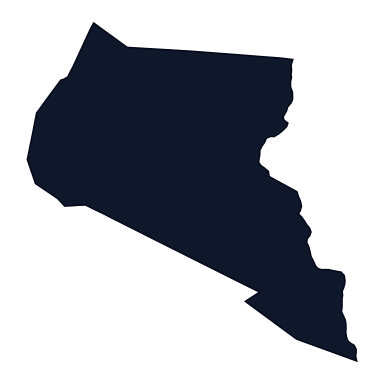 Mulungu do Morro, Bahia, Brazil
{"feature_id": "56859067B68595123472008", "entity_name": "Mulungu do Morro", "entity_type": "district", "adm_level": 2, "iso_a3": "BRA", "parent_name": "Brazil", "parent_adm1": "Bahia", "projection": "albers", "projection_center": [-41.471, -12.0], "detail": "fine", "context": "isolated", "style": "filled", "palette": "ink", "viewbox_px": 384, "rotation_deg": 0, "n_neighbors": 0, "source": "geoboundaries", "source_scale": "gbopen_adm2", "svg_char_len": 1593}
<svg xmlns="http://www.w3.org/2000/svg" viewBox="0 0 384 384"><path d="M35.4,183.5L55.1,196.8L57.9,198.8L64.7,206.1L68.7,205.9L74.0,205.6L77.6,205.3L85.5,205.0L96.2,210.3L105.0,214.5L110.7,217.5L152.4,238.5L228.2,276.5L245.2,285.0L259.6,292.1L245.3,301.4L276.0,324.0L296.3,338.9L300.4,340.5L356.7,361.0L355.7,356.2L356.1,352.6L356.2,349.4L354.2,345.3L350.3,343.1L348.0,341.0L346.6,337.5L345.8,332.9L346.0,327.7L345.9,323.7L345.2,319.9L343.6,316.3L341.5,311.6L342.1,306.5L342.0,303.5L342.1,298.9L342.6,294.9L342.1,291.5L343.7,287.6L344.7,284.1L345.0,280.8L344.3,275.6L341.1,272.1L337.7,271.5L333.6,270.7L328.3,269.6L324.6,269.6L321.1,269.6L317.9,268.5L315.5,265.9L314.3,263.1L312.9,260.1L311.0,256.5L310.1,252.0L308.8,246.9L306.7,242.5L307.2,238.6L309.6,236.0L311.0,232.0L309.6,228.2L306.7,224.6L304.0,220.3L301.4,216.7L298.5,214.0L300.3,210.4L301.5,206.4L300.5,201.3L298.3,196.4L297.0,191.8L269.1,176.5L268.4,171.4L263.9,167.6L261.3,165.9L258.7,162.5L259.0,158.9L259.7,155.2L259.9,150.4L261.8,146.4L264.5,142.5L266.4,138.1L270.6,136.4L274.1,136.6L278.5,134.0L282.5,130.7L286.6,126.7L287.9,123.1L284.1,120.2L283.1,117.4L284.7,114.0L286.5,111.0L287.5,107.2L291.1,102.9L292.6,99.3L292.5,95.5L292.5,92.4L290.6,87.3L290.5,81.7L291.5,77.4L291.1,74.5L291.5,70.5L291.2,64.9L292.8,59.5L281.1,58.1L261.4,56.6L192.6,51.3L161.3,49.4L127.2,47.4L112.8,36.9L109.3,34.4L104.1,30.6L93.7,23.0L90.7,28.5L87.7,34.8L73.4,65.9L67.7,76.9L64.2,79.1L60.7,80.2L46.8,99.0L36.6,113.0L34.3,124.7L33.2,130.6L27.3,159.6L28.6,163.2L31.5,171.9L34.3,180.0L35.4,183.5Z" fill="#0f172a" stroke="#020617" stroke-width="1.5"/></svg>